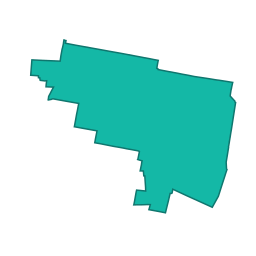 outline of Victoria, Braila, Romania, rotated 187°
{"feature_id": "2599482B65083865075040", "entity_name": "Victoria", "entity_type": "district", "adm_level": 2, "iso_a3": "ROU", "parent_name": "Romania", "parent_adm1": "Braila", "projection": "natural_earth1", "projection_center": [27.658, 44.813], "detail": "fine", "context": "isolated", "style": "filled", "palette": "teal", "viewbox_px": 256, "rotation_deg": 187, "n_neighbors": 0, "source": "geoboundaries", "source_scale": "gbopen_adm2", "svg_char_len": 2534}
<svg xmlns="http://www.w3.org/2000/svg" viewBox="0 0 256 256"><g transform="rotate(187 128 128)"><path d="M106.2,198.8L107.3,198.9L110.8,199.1L115.9,199.5L116.2,199.5L119.1,199.7L120.0,199.7L122.5,199.9L125.7,200.1L130.4,200.4L144.7,201.3L154.2,201.8L168.1,202.6L189.8,203.8L200.4,204.5L200.2,207.2L200.5,207.2L200.8,207.2L201.0,207.3L201.3,207.3L201.6,207.4L201.9,207.5L202.1,207.6L202.3,207.6L202.4,205.5L202.4,203.5L202.8,199.5L203.0,198.4L203.2,195.0L203.4,191.6L203.5,186.1L222.0,184.6L231.7,183.9L231.0,168.5L223.3,168.9L223.0,167.0L221.7,167.1L221.5,166.4L221.1,164.8L220.9,164.6L218.8,164.6L218.4,164.6L218.0,164.6L216.1,164.6L215.6,164.8L214.5,165.0L214.5,163.6L214.5,161.2L214.4,158.9L210.7,159.2L206.9,159.5L207.5,157.9L208.1,156.4L208.4,155.6L208.7,154.8L209.3,153.1L210.0,151.3L210.4,150.2L210.6,149.6L210.6,148.5L210.6,147.8L210.7,146.3L210.6,146.1L208.7,146.7L207.5,147.1L206.8,147.5L206.4,147.7L205.9,147.8L191.9,147.0L180.1,146.4L179.9,146.4L180.4,138.7L180.7,135.3L180.8,133.3L181.0,129.5L181.4,122.7L181.1,122.7L172.9,122.2L158.4,121.4L159.0,113.1L159.1,110.8L159.2,109.9L159.2,109.3L153.2,109.0L149.3,108.7L139.9,108.0L135.2,107.8L130.0,107.5L126.6,107.2L124.3,107.1L122.0,107.0L119.1,106.8L115.9,106.6L115.0,106.5L114.4,106.3L113.8,106.0L114.4,98.1L114.5,97.9L110.0,97.1L110.2,95.3L110.2,92.6L110.3,92.1L110.7,86.9L107.5,87.2L106.5,82.4L105.5,82.5L103.3,71.1L102.8,67.6L108.6,67.5L111.4,67.4L111.9,67.4L112.1,65.3L112.2,63.7L112.5,57.7L112.6,56.0L112.8,53.2L112.9,52.4L109.6,52.9L107.0,53.2L104.2,53.6L102.9,53.8L99.9,54.3L96.5,54.7L97.3,49.5L85.8,48.8L80.5,48.4L79.8,54.3L79.2,59.2L78.2,68.2L76.9,68.4L76.7,68.4L76.5,68.6L76.4,68.9L76.3,69.0L76.1,72.7L66.5,69.6L61.9,68.1L55.2,66.0L34.7,59.6L33.7,62.1L32.8,64.3L31.2,68.3L30.0,71.2L29.8,72.3L29.7,72.7L28.6,78.7L27.4,85.0L26.0,92.2L25.5,95.0L24.7,98.9L25.2,99.3L26.4,106.1L26.1,113.1L25.8,121.2L25.9,121.5L26.0,121.9L26.0,122.1L25.9,122.3L25.7,126.4L25.8,126.5L25.8,126.9L25.7,127.1L25.6,129.8L25.5,131.6L25.4,135.2L25.2,139.1L24.5,160.5L24.3,166.3L24.6,166.3L25.2,167.3L25.2,167.7L25.4,167.9L26.3,168.6L27.7,169.8L30.5,172.2L30.5,173.6L30.4,176.8L30.4,177.6L30.1,180.4L30.1,181.1L29.7,185.4L29.6,186.0L32.3,186.1L34.2,186.2L43.5,186.5L46.0,186.5L51.0,186.7L56.6,186.9L68.6,187.2L71.1,187.4L73.5,187.6L76.5,187.8L80.3,188.0L85.4,188.4L86.6,188.5L88.7,188.6L91.4,188.8L93.3,188.9L94.0,188.9L102.8,189.5L105.3,189.7L105.5,190.4L105.6,190.5L106.1,190.7L106.7,190.7L106.5,195.1L106.3,198.1L106.2,198.8Z" fill="#14b8a6" stroke="#0f766e" stroke-width="1.5"/></g></svg>